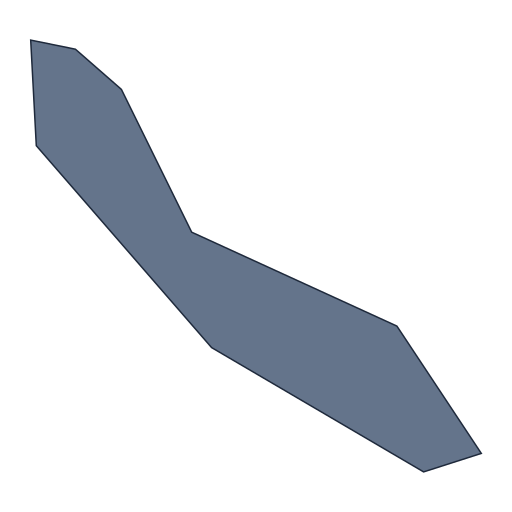 outline of Curaçao
{"feature_id": "CUW", "entity_name": "Curaçao", "entity_type": "country or territory", "adm_level": 0, "iso_a3": "CUW", "parent_name": "North America", "parent_adm1": "", "projection": "natural_earth1", "projection_center": [-68.965, 12.213], "detail": "fine", "context": "isolated", "style": "filled", "palette": "slate", "viewbox_px": 512, "rotation_deg": 0, "n_neighbors": 0, "source": "natural_earth", "source_scale": "50m", "svg_char_len": 246}
<svg xmlns="http://www.w3.org/2000/svg" viewBox="0 0 512 512"><path d="M481.3,453.4L423.6,471.9L211.6,347.6L36.3,145.7L30.7,40.1L75.4,49.2L121.4,89.4L191.7,232.2L396.9,326.1L481.3,453.4Z" fill="#64748b" stroke="#1e293b" stroke-width="1.5"/></svg>